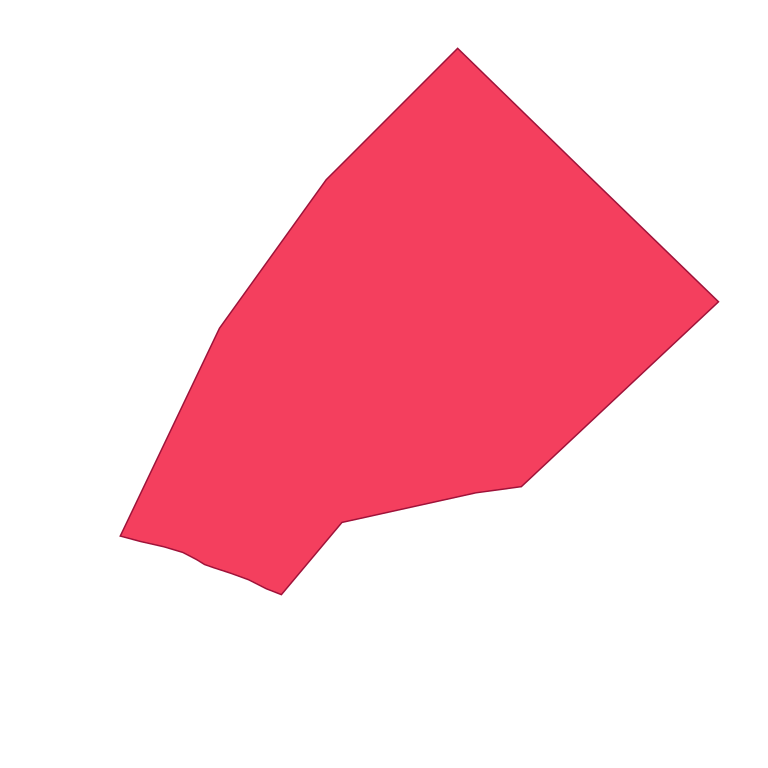 outline of Shaykh Zuwayd, Shamal Sina', Egypt, rotated 224°
{"feature_id": "37247803B84548629991625", "entity_name": "Shaykh Zuwayd", "entity_type": "district", "adm_level": 2, "iso_a3": "EGY", "parent_name": "Egypt", "parent_adm1": "Shamal Sina'", "projection": "natural_earth1", "projection_center": [33.964, 30.921], "detail": "fine", "context": "isolated", "style": "filled", "palette": "rose", "viewbox_px": 768, "rotation_deg": 224, "n_neighbors": 0, "source": "geoboundaries", "source_scale": "gbopen_adm2", "svg_char_len": 457}
<svg xmlns="http://www.w3.org/2000/svg" viewBox="0 0 768 768"><g transform="rotate(224 384 384)"><path d="M384.9,675.8L564.2,676.6L566.9,521.1L567.5,490.9L541.1,309.9L469.2,94.8L468.1,91.4L449.7,101.6L429.1,114.1L411.7,123.1L396.9,127.5L387.7,129.5L378.8,133.6L363.2,141.2L345.5,149.1L326.3,155.0L311.5,161.2L315.6,219.5L318.1,255.2L242.3,369.6L214.6,404.7L213.9,405.5L200.5,675.5L384.9,675.8Z" fill="#f43f5e" stroke="#9f1239" stroke-width="1.5"/></g></svg>